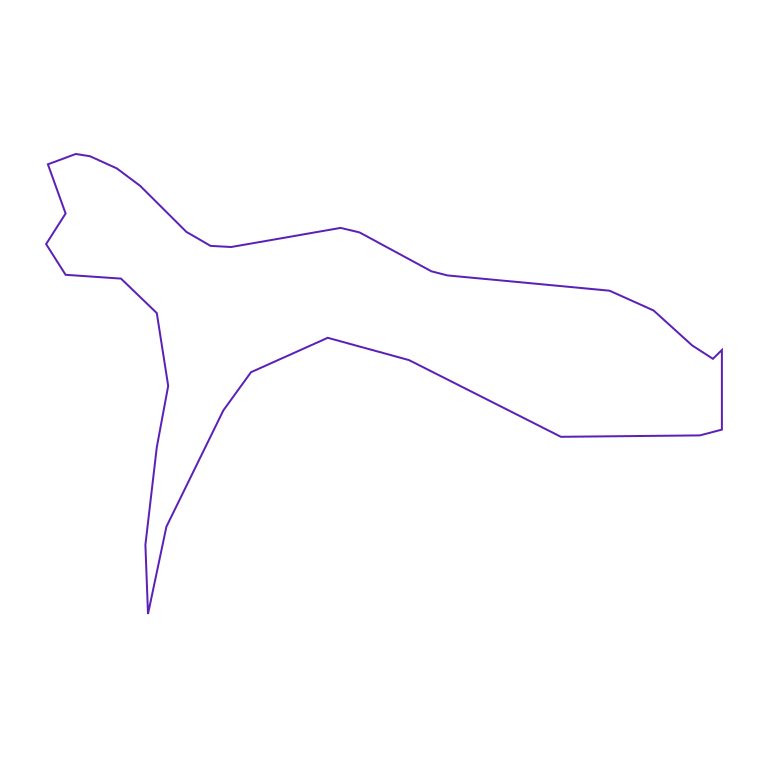 SVG path tracing the border of Ribeira Brava
{"feature_id": "CPV-5057", "entity_name": "Ribeira Brava", "entity_type": "state/province", "adm_level": 1, "iso_a3": "CPV", "parent_name": "Cabo Verde", "parent_adm1": "", "projection": "natural_earth1", "projection_center": [-24.247, 16.582], "detail": "fine", "context": "isolated", "style": "outline", "palette": "violet", "viewbox_px": 768, "rotation_deg": 0, "n_neighbors": 0, "source": "natural_earth", "source_scale": "10m", "svg_char_len": 540}
<svg xmlns="http://www.w3.org/2000/svg" viewBox="0 0 768 768"><path d="M47.9,164.3L75.7,154.0L89.9,156.2L116.8,168.4L140.2,185.9L186.4,231.9L210.6,245.9L231.2,247.0L340.5,227.9L359.5,232.4L431.4,271.3L447.3,275.4L609.5,290.7L653.6,310.5L692.1,345.4L712.9,358.8L721.9,350.0L721.9,429.6L699.8,435.4L560.9,436.8L409.0,360.1L327.7,337.8L251.0,372.2L223.4,410.3L166.4,526.7L148.0,614.0L145.4,544.8L156.8,447.2L168.2,385.9L156.8,313.1L121.0,278.6L65.6,274.8L46.1,244.1L65.6,213.5L47.9,164.3Z" fill="none" stroke="#5b21b6" stroke-width="2"/></svg>